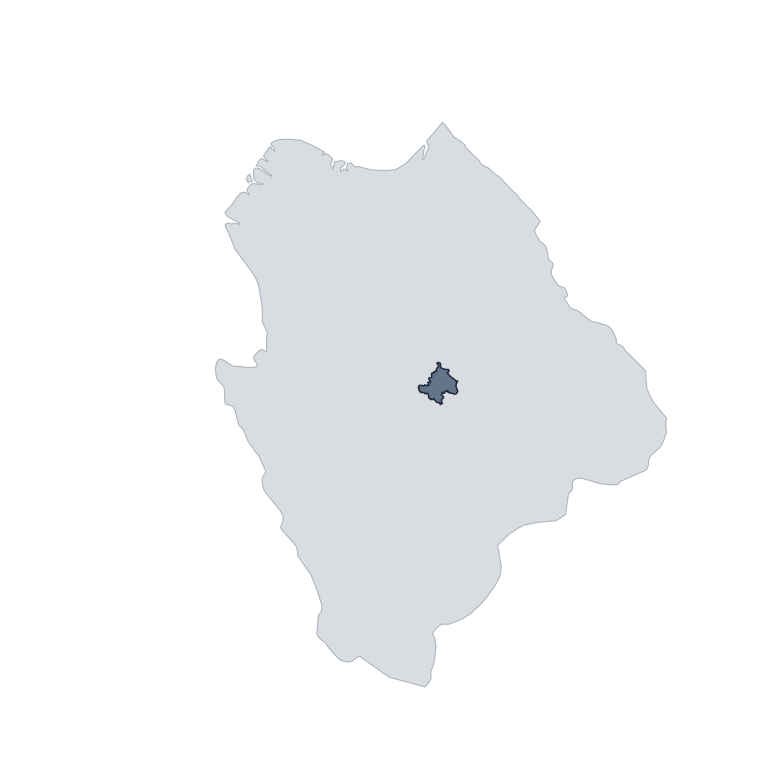 location of Kachia, Kaduna, Nigeria, rotated 134°
{"feature_id": "59680162B32850327292174", "entity_name": "Kachia", "entity_type": "district", "adm_level": 2, "iso_a3": "NGA", "parent_name": "Nigeria", "parent_adm1": "Kaduna", "projection": "equal_earth", "projection_center": [7.682, 9.854], "detail": "medium", "context": "in_parent", "style": "filled", "palette": "slate", "viewbox_px": 768, "rotation_deg": 134, "n_neighbors": 0, "source": "geoboundaries", "source_scale": "gbopen_adm2", "svg_char_len": 5622}
<svg xmlns="http://www.w3.org/2000/svg" viewBox="0 0 768 768"><g transform="rotate(134 384 384)"><path d="M573.5,144.2L591.2,176.4L595.1,200.4L596.7,212.2L599.6,213.6L605.0,214.2L609.0,216.6L611.4,220.5L612.9,224.2L613.2,226.4L612.2,240.7L610.9,246.0L611.7,253.0L611.5,256.1L610.9,258.1L608.5,260.5L605.2,262.8L597.3,269.7L595.1,270.7L591.8,270.9L588.9,272.6L585.5,276.3L578.2,290.1L572.0,304.0L567.5,326.4L562.0,333.4L561.0,339.6L560.2,353.6L559.4,357.8L558.5,359.1L552.5,361.7L549.1,364.9L547.0,371.3L544.5,392.9L543.6,396.5L541.6,400.2L538.6,404.2L535.9,406.5L529.0,408.0L522.6,424.2L522.5,427.1L519.7,441.9L514.7,453.0L514.3,460.2L508.1,470.0L504.8,476.6L508.2,483.6L508.5,484.7L497.6,496.6L497.0,498.3L496.6,506.5L495.7,508.7L493.7,511.7L490.8,515.0L487.8,517.6L484.5,519.3L481.2,520.0L479.4,519.0L478.4,516.5L476.5,506.5L475.6,504.3L473.5,502.4L465.1,491.4L460.1,487.5L459.0,487.8L458.1,488.8L456.7,494.4L455.3,496.4L452.6,497.1L448.0,497.2L444.6,496.4L443.8,495.3L442.2,491.0L431.8,501.0L428.2,503.2L423.6,515.1L417.1,521.0L412.5,526.1L400.5,542.3L398.0,547.0L395.7,554.1L390.5,584.5L382.2,603.5L381.0,607.5L380.6,607.4L379.5,609.1L376.2,608.0L374.8,604.5L372.8,603.9L369.3,598.7L368.6,599.6L372.2,612.7L370.9,617.8L360.7,617.9L351.9,619.6L345.8,619.5L342.8,617.6L341.4,612.7L340.9,613.2L340.6,615.9L338.7,617.9L331.9,618.3L328.9,615.0L326.5,611.2L323.9,609.5L324.3,611.1L327.3,614.8L326.9,620.1L321.4,626.1L317.9,626.5L315.8,623.9L314.7,619.6L314.1,613.2L312.7,609.1L311.9,609.1L312.9,616.0L312.9,622.4L315.5,627.4L311.5,628.9L306.7,629.1L306.1,627.3L305.5,623.1L304.7,622.1L303.7,629.1L293.8,631.0L292.4,630.7L292.1,629.4L292.9,627.5L292.7,624.3L290.6,626.8L290.2,631.6L289.0,632.4L285.2,631.7L281.1,629.2L274.5,623.1L266.3,613.1L265.0,608.7L262.7,603.2L258.5,588.1L259.2,587.4L261.1,588.2L262.0,586.8L258.7,585.7L258.0,584.6L257.7,581.3L257.9,577.2L263.0,575.1L264.2,572.6L264.9,570.1L258.6,573.9L252.7,569.6L251.4,567.0L252.0,565.0L258.9,564.9L261.3,562.9L259.8,562.3L257.2,562.3L256.3,561.1L256.3,558.0L255.5,558.6L254.4,561.4L250.4,563.4L248.0,561.4L247.8,556.9L247.3,554.9L245.3,553.3L238.4,541.4L229.6,531.5L221.8,524.6L210.0,521.4L185.4,521.5L184.0,520.6L185.5,519.0L187.7,517.9L195.6,512.4L194.3,511.7L186.0,515.1L183.2,515.5L179.5,522.1L155.2,523.6L155.3,520.5L156.4,511.8L157.9,505.8L156.3,498.4L155.9,491.8L157.0,489.8L157.3,487.3L157.1,470.3L158.4,467.8L158.5,466.0L156.0,458.8L156.1,453.2L155.6,447.9L154.8,445.4L155.8,424.7L155.5,419.6L156.3,415.9L156.8,407.0L156.8,398.3L158.5,384.5L168.9,382.7L171.4,377.3L172.9,370.4L172.5,363.6L175.8,357.7L179.9,352.5L179.8,346.7L180.9,344.9L182.9,343.6L185.6,342.9L188.8,340.0L190.5,335.0L192.2,327.0L189.6,321.4L189.6,320.1L190.7,317.1L192.3,314.1L193.6,313.1L196.6,313.9L197.6,312.7L199.6,303.8L199.4,301.4L196.6,295.5L195.1,279.4L194.3,277.3L192.2,274.4L186.5,263.1L186.6,257.8L189.1,250.9L190.7,247.6L192.9,245.8L193.3,244.2L192.7,242.3L191.6,240.8L191.3,237.8L192.5,233.5L192.2,228.8L192.9,204.7L197.6,199.9L204.4,192.0L208.0,183.8L209.9,177.6L212.3,156.9L215.9,154.7L222.8,147.2L232.1,142.8L238.1,141.4L248.7,142.3L254.1,141.5L258.7,137.5L260.8,136.3L263.7,135.6L290.1,146.4L292.5,145.9L294.5,146.6L297.8,149.4L305.6,159.4L313.7,174.9L316.3,178.2L318.8,180.0L321.4,180.7L323.4,180.5L325.3,179.0L327.8,176.0L331.7,174.7L334.9,175.0L351.3,163.1L352.9,162.9L363.1,165.5L376.9,177.4L388.1,185.2L396.1,187.8L405.4,189.7L421.2,190.2L433.2,173.5L437.6,169.9L442.9,166.6L454.0,163.5L472.5,161.4L489.8,162.3L500.5,165.2L511.9,170.6L516.8,175.8L524.5,176.7L530.0,175.6L531.8,170.5L537.3,163.7L545.5,157.4L552.2,153.0L557.8,151.0L562.7,146.0L566.6,144.4L573.5,144.2ZM332.5,625.1L328.8,626.7L326.3,626.3L329.7,619.4L331.4,620.9L333.6,621.5L332.5,625.1Z" fill="#d9dde1" stroke="#a8b0b8" stroke-width="1"/><path d="M330.7,360.0L331.6,360.0L332.2,360.4L332.6,359.7L332.7,358.0L332.9,357.4L334.3,356.9L335.5,357.0L336.6,356.6L337.6,356.4L337.9,355.5L338.3,355.1L339.0,355.7L339.6,355.7L340.7,356.6L341.4,355.8L342.0,356.3L342.5,357.0L342.9,357.1L344.6,356.2L344.9,355.5L346.0,354.5L346.4,354.4L347.3,354.9L348.4,355.8L349.3,355.5L349.8,354.1L349.8,352.0L350.6,351.8L351.8,353.2L352.4,353.5L353.2,351.2L353.6,351.0L354.4,351.1L354.3,351.9L354.8,352.1L355.7,352.1L355.8,352.9L356.4,354.0L356.8,353.7L357.2,353.8L357.5,354.1L357.9,354.2L358.2,355.1L359.1,356.2L359.7,356.5L359.8,357.2L361.0,357.6L362.0,356.7L362.5,356.9L363.1,356.2L363.0,355.3L363.1,355.0L364.0,354.7L363.9,354.4L364.6,353.1L364.6,352.4L364.4,351.9L363.9,351.8L363.7,350.4L363.4,350.5L362.2,349.1L362.5,347.8L362.1,347.1L360.5,346.6L360.4,346.4L360.4,345.5L361.6,344.0L361.7,343.4L362.8,342.4L362.9,341.1L362.6,340.2L362.5,339.4L362.3,339.3L362.1,339.9L361.8,339.6L361.8,338.7L361.1,337.9L359.9,337.9L360.3,336.3L360.6,333.3L358.8,331.1L358.7,330.2L359.4,330.4L359.4,329.1L358.5,329.2L357.5,328.5L357.2,329.8L355.8,331.0L355.4,331.8L353.6,331.6L352.6,331.7L352.1,332.4L351.7,332.6L352.0,334.3L351.9,335.3L351.5,335.1L350.5,335.5L349.8,336.4L349.6,336.1L349.3,334.6L348.8,334.2L348.3,334.1L347.6,335.0L346.3,334.4L345.2,334.4L344.9,332.9L345.6,333.3L344.8,330.3L344.1,330.1L342.4,326.3L341.9,325.8L340.7,325.2L338.2,325.7L337.6,327.0L336.8,328.0L336.6,328.5L336.4,329.5L335.4,331.0L334.8,331.1L333.9,332.1L332.6,332.3L332.2,333.2L331.6,332.8L330.8,333.2L331.4,333.8L331.7,334.4L332.0,338.7L332.4,340.0L332.4,341.1L332.4,342.9L332.2,343.5L332.3,345.0L332.3,345.6L332.0,346.1L331.6,346.5L331.1,346.3L330.7,345.9L329.7,346.2L329.1,346.6L328.9,347.8L330.9,350.1L331.7,351.3L332.8,354.5L332.4,355.2L331.0,356.5L330.0,357.8L330.6,359.3L330.7,360.0Z" fill="#64748b" stroke="#1e293b" stroke-width="1.5"/></g></svg>